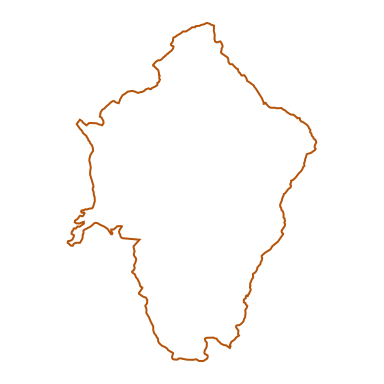 outline of Liberia, Guanacaste, Costa Rica
{"feature_id": "36466004B57161008538161", "entity_name": "Liberia", "entity_type": "district", "adm_level": 2, "iso_a3": "CRI", "parent_name": "Costa Rica", "parent_adm1": "Guanacaste", "projection": "albers", "projection_center": [-85.52, 10.692], "detail": "fine", "context": "isolated", "style": "outline", "palette": "amber", "viewbox_px": 384, "rotation_deg": 0, "n_neighbors": 0, "source": "geoboundaries", "source_scale": "gbopen_adm2", "svg_char_len": 5913}
<svg xmlns="http://www.w3.org/2000/svg" viewBox="0 0 384 384"><path d="M220.3,41.4L216.6,42.4L215.1,41.5L214.5,39.1L214.7,34.5L213.8,31.0L214.0,25.6L211.5,24.9L209.8,23.8L207.1,23.0L206.3,23.1L204.3,24.2L200.8,25.1L199.6,25.8L195.6,26.2L195.2,27.2L192.1,27.3L189.6,29.2L185.9,31.5L183.1,31.4L181.1,33.1L176.5,35.8L175.8,36.6L173.5,37.6L173.1,38.4L173.0,40.7L172.1,42.7L170.9,44.0L171.2,45.3L172.1,45.9L173.2,46.1L173.5,46.5L173.2,48.3L171.5,50.7L168.4,53.0L168.0,53.7L167.2,53.9L165.6,55.7L165.1,55.8L164.5,56.7L163.4,57.3L161.8,59.2L159.7,60.3L158.1,60.3L155.9,61.7L153.1,64.9L153.1,65.6L153.9,65.8L154.8,67.1L155.8,67.7L156.3,68.6L157.3,69.2L158.3,70.3L159.0,73.5L158.9,75.0L159.7,75.6L159.3,76.6L159.3,78.8L160.0,79.6L158.7,82.3L157.4,82.8L157.4,84.8L157.1,85.3L154.6,86.9L151.9,88.0L151.1,89.1L150.0,89.2L148.9,88.4L148.1,88.5L145.5,89.5L144.5,90.7L142.0,92.0L140.2,92.2L138.5,92.8L137.9,92.9L134.5,91.4L132.1,90.9L127.6,91.7L125.6,93.4L122.5,95.3L120.5,98.6L118.7,103.2L116.1,102.5L113.9,101.0L112.4,101.3L110.7,102.5L109.0,104.2L106.4,106.3L104.4,108.5L102.2,109.8L100.6,112.4L99.9,116.7L101.5,117.5L103.4,121.1L103.5,123.4L102.1,125.3L98.1,124.1L96.7,123.3L90.8,123.0L88.8,123.2L87.5,124.6L86.4,125.3L82.8,122.5L82.1,121.2L79.9,119.7L76.7,124.1L80.4,129.3L81.7,130.4L83.2,133.2L86.5,136.1L86.8,137.0L88.1,139.0L88.4,140.4L89.4,141.2L90.4,143.5L91.8,145.0L92.8,147.8L93.1,150.8L90.5,154.8L89.5,158.5L89.3,161.0L90.0,162.9L90.8,167.8L90.2,171.1L90.1,174.5L93.4,185.7L93.5,187.1L92.9,187.8L92.6,189.6L93.6,191.8L94.0,195.6L94.6,196.7L94.8,201.3L93.1,206.9L92.2,208.3L89.5,208.6L87.0,209.5L85.6,209.2L84.1,210.1L82.0,210.3L81.1,211.2L81.2,211.9L81.9,212.7L82.6,212.8L83.1,212.5L84.0,212.5L84.6,213.1L83.3,215.7L82.2,216.3L80.3,215.7L79.7,216.0L77.5,219.0L75.1,220.5L74.7,222.2L76.3,223.3L79.3,223.5L83.8,221.8L83.9,223.6L79.6,226.7L77.5,226.5L75.7,228.6L74.4,228.3L73.6,228.6L73.1,230.4L72.1,231.2L71.6,232.8L71.6,233.9L73.9,235.2L73.9,236.1L73.1,238.3L72.2,239.7L71.3,240.3L69.9,240.9L68.3,241.0L67.9,241.5L67.7,242.8L69.2,243.9L70.0,245.0L71.4,245.7L72.7,245.8L73.7,243.9L74.8,243.3L76.0,242.8L80.0,242.8L82.0,239.4L82.5,238.1L82.7,236.7L82.6,234.9L83.1,234.4L83.5,233.1L83.4,231.0L83.8,230.1L90.8,226.4L94.5,223.1L95.6,222.8L97.9,223.3L99.8,224.6L104.1,226.5L107.6,228.9L110.9,233.9L111.8,234.3L112.2,234.1L112.4,233.1L111.6,231.8L111.2,229.5L113.8,229.4L117.4,226.2L121.6,226.1L121.9,226.6L119.9,229.4L119.1,231.2L119.2,232.9L120.2,234.7L120.6,236.5L121.3,237.6L122.6,238.2L139.5,239.7L133.6,246.3L133.6,247.4L134.6,251.4L133.9,253.5L133.9,255.2L134.7,256.7L135.7,257.7L136.2,259.6L135.3,262.8L134.2,264.8L134.1,266.0L134.6,267.3L134.6,268.5L133.7,270.3L132.7,270.9L132.1,271.6L132.1,272.1L133.0,273.1L134.5,273.9L134.9,274.5L135.9,277.1L137.8,279.4L138.2,280.7L139.2,282.2L140.2,286.0L141.1,286.9L142.3,287.5L142.3,288.2L139.0,292.9L139.0,293.8L143.0,296.6L146.0,297.7L147.2,299.9L147.2,302.2L146.9,303.6L145.4,305.5L145.4,306.6L146.3,308.3L146.5,310.1L146.3,312.9L149.1,317.5L150.8,321.8L153.2,326.3L153.3,330.3L154.0,332.9L156.0,335.5L156.7,337.1L158.0,338.8L158.2,341.3L159.1,343.1L161.9,345.7L165.6,347.4L167.3,348.8L168.1,350.1L173.0,353.0L173.0,353.9L172.1,356.4L172.1,358.0L172.8,359.0L174.0,359.5L177.4,359.6L178.7,358.5L181.4,358.4L182.8,358.9L187.3,359.7L192.7,359.8L196.5,359.3L198.8,360.9L202.9,361.0L203.9,360.7L207.1,358.6L207.8,356.8L207.5,355.3L204.8,353.9L204.4,352.8L204.6,350.8L206.6,347.1L206.7,346.2L206.9,343.0L206.6,342.3L205.5,341.2L204.9,339.3L205.0,338.7L205.7,338.1L206.7,337.8L213.4,337.6L214.6,338.3L216.3,338.6L217.1,339.2L217.8,340.7L219.2,341.7L220.9,343.6L223.7,345.0L226.2,345.4L229.8,348.0L230.5,346.7L230.4,346.4L230.0,346.3L230.4,346.0L230.4,345.5L230.0,345.3L230.1,344.5L231.3,341.9L234.8,339.4L236.2,337.4L239.0,335.6L238.1,334.2L238.4,330.6L236.5,327.9L236.1,327.2L236.1,326.1L236.8,325.4L239.1,325.1L240.5,324.4L241.7,323.3L243.5,321.3L244.1,318.9L245.2,317.2L245.2,315.4L245.6,313.1L245.2,310.2L246.9,307.5L247.3,305.8L245.9,304.6L245.4,303.0L243.9,302.4L243.8,300.4L244.0,299.5L245.9,298.0L245.8,296.9L246.2,295.6L246.9,295.5L247.4,296.1L247.8,296.0L248.1,294.7L249.2,293.8L249.4,292.6L250.5,290.7L250.7,289.2L250.0,287.6L250.0,286.6L250.5,285.6L250.1,284.8L250.1,283.8L251.9,279.3L253.2,277.5L252.9,274.0L255.2,272.4L256.1,271.4L257.1,269.4L257.4,267.4L260.4,264.1L260.7,262.2L261.6,260.8L262.2,258.8L262.1,257.6L261.7,257.1L261.7,255.9L262.1,255.3L265.0,252.8L270.4,249.4L272.4,246.1L277.8,241.8L283.1,234.2L283.1,233.6L282.3,233.1L281.7,232.0L281.6,230.7L284.7,226.1L285.1,224.1L284.3,222.6L285.1,220.7L284.5,219.5L284.6,218.4L283.5,217.3L283.6,214.7L283.3,212.5L282.6,211.1L281.5,210.1L281.1,207.7L280.3,206.9L280.1,204.6L281.8,200.6L282.3,198.3L283.7,195.0L283.7,194.1L285.3,193.1L288.1,189.3L290.7,187.2L291.0,185.4L290.3,184.7L290.2,184.2L291.2,182.2L291.1,180.7L293.1,179.9L295.6,177.6L298.8,173.3L301.1,171.2L302.6,168.7L303.0,167.2L304.4,165.9L304.1,163.2L304.9,161.1L305.3,158.6L305.9,157.3L306.7,154.3L307.3,153.9L310.8,153.0L314.7,150.2L315.7,148.9L314.8,147.7L314.6,146.7L315.0,144.9L316.3,142.5L315.5,139.9L313.7,138.7L313.1,137.0L311.8,135.7L311.3,133.4L310.1,132.2L310.4,130.1L309.1,128.4L308.3,126.4L307.5,125.7L307.2,125.0L302.9,122.0L301.6,121.6L300.8,121.0L300.0,119.9L299.9,118.5L299.5,118.0L297.4,118.3L297.1,117.5L296.1,117.0L294.7,115.6L293.3,114.7L291.4,114.7L290.0,114.1L286.5,111.8L285.1,110.3L283.6,109.8L281.4,108.0L277.2,108.3L275.3,107.8L270.6,107.7L269.0,106.9L266.4,104.1L265.7,102.8L265.4,102.8L264.7,103.6L263.7,103.8L263.5,102.1L262.3,99.4L262.2,98.7L255.7,88.4L254.4,87.0L253.9,85.6L249.2,82.1L247.3,81.1L246.3,78.1L244.7,75.6L244.0,75.1L242.2,75.6L241.3,75.2L240.3,73.4L239.1,72.5L238.2,70.7L237.7,68.8L236.5,68.6L232.3,64.2L230.1,64.2L229.7,63.8L228.5,61.9L228.3,59.6L227.8,57.7L221.2,53.0L221.0,51.7L221.5,50.4L221.6,48.6L222.5,47.1L222.5,45.5L221.2,42.5L220.3,41.4Z" fill="none" stroke="#b45309" stroke-width="2"/></svg>